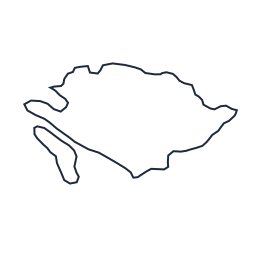 the district of Östhammar, Uppsala, Sweden, rotated 187°
{"feature_id": "70781695B19211904151309", "entity_name": "Östhammar", "entity_type": "district", "adm_level": 2, "iso_a3": "SWE", "parent_name": "Sweden", "parent_adm1": "Uppsala", "projection": "equal_earth", "projection_center": [18.222, 60.283], "detail": "fine", "context": "isolated", "style": "outline", "palette": "slate", "viewbox_px": 256, "rotation_deg": 187, "n_neighbors": 0, "source": "geoboundaries", "source_scale": "gbopen_adm2", "svg_char_len": 1483}
<svg xmlns="http://www.w3.org/2000/svg" viewBox="0 0 256 256"><g transform="rotate(187 128 128)"><path d="M22.2,158.9L27.3,159.6L33.3,162.1L38.4,161.0L44.4,157.1L48.6,157.4L56.0,160.4L57.8,164.8L61.5,167.8L65.2,169.4L67.9,174.9L69.8,178.4L77.7,179.3L82.7,181.2L86.0,184.5L90.1,187.2L96.6,188.0L100.8,186.7L102.2,185.3L108.2,184.5L117.5,184.7L122.5,187.8L129.0,189.1L138.7,190.2L151.2,190.2L160.5,187.2L162.4,182.0L164.7,178.4L172.5,178.4L175.4,184.6L183.3,182.8L188.1,181.2L189.5,176.9L194.3,174.6L197.2,169.0L197.5,164.1L199.6,161.5L206.4,160.1L209.9,158.6L207.4,157.6L204.5,156.1L199.7,152.2L193.9,149.3L190.6,145.7L192.0,141.1L196.8,136.1L204.0,137.7L210.8,142.3L218.5,144.0L227.6,143.4L233.8,138.9L230.0,133.2L221.3,129.6L212.2,127.0L206.4,123.9L198.7,118.8L184.3,111.0L179.4,107.9L164.5,102.0L154.0,100.0L145.3,96.4L134.8,91.9L125.6,87.7L119.9,84.3L117.0,79.9L116.6,79.4L112.5,80.3L107.8,84.3L104.6,87.0L100.0,90.3L87.1,91.3L83.4,94.3L84.3,99.1L84.7,105.6L80.1,110.5L72.7,111.0L67.6,112.4L63.0,114.5L57.5,116.7L51.9,119.4L48.2,123.7L45.9,127.3L43.6,131.3L38.0,136.2L36.6,138.9L33.4,144.4L28.7,147.3L23.6,153.3L22.7,155.8L22.2,158.9ZM221.0,116.7L220.0,110.4L216.7,106.6L210.2,101.4L205.5,98.1L202.2,94.6L196.1,91.1L194.2,84.5L192.8,82.1L188.6,75.0L184.9,68.5L178.8,65.8L172.3,67.9L170.9,73.6L173.7,77.5L176.5,83.2L175.6,93.5L178.8,99.2L184.5,103.6L192.4,107.2L199.0,111.0L204.6,114.3L211.1,117.8L218.2,118.6L221.0,116.7Z" fill="none" stroke="#1e293b" stroke-width="2"/></g></svg>